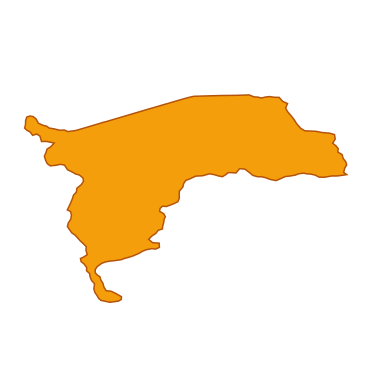 outline of Santa Cruz da Vitória, Bahia, Brazil, rotated 82°
{"feature_id": "56859067B68810500178661", "entity_name": "Santa Cruz da Vitória", "entity_type": "district", "adm_level": 2, "iso_a3": "BRA", "parent_name": "Brazil", "parent_adm1": "Bahia", "projection": "natural_earth1", "projection_center": [-39.793, -14.879], "detail": "fine", "context": "isolated", "style": "filled", "palette": "amber", "viewbox_px": 384, "rotation_deg": 82, "n_neighbors": 0, "source": "geoboundaries", "source_scale": "gbopen_adm2", "svg_char_len": 2722}
<svg xmlns="http://www.w3.org/2000/svg" viewBox="0 0 384 384"><g transform="rotate(82 192 192)"><path d="M94.8,345.1L98.0,346.8L102.1,347.5L105.4,348.9L108.0,346.8L109.9,344.1L113.7,341.9L113.0,337.6L115.5,334.8L121.1,334.0L121.6,329.3L123.0,325.3L124.3,321.7L127.4,325.4L129.4,329.6L132.2,330.9L136.0,333.2L140.0,332.6L143.8,331.4L146.4,328.6L146.6,323.1L146.3,318.3L147.7,314.5L152.6,312.2L155.5,307.9L157.9,304.9L159.5,301.2L162.8,298.1L166.2,297.9L169.3,300.6L172.2,305.4L176.1,306.6L178.5,309.7L182.0,311.4L185.9,313.7L189.8,316.2L192.4,318.0L194.4,315.0L198.1,314.6L202.0,315.8L205.4,318.8L208.9,320.2L212.1,318.6L215.8,316.7L218.5,313.7L221.6,311.6L224.5,309.7L228.5,306.5L231.5,304.3L234.7,305.1L239.5,304.5L241.4,308.6L242.3,311.7L245.5,311.5L248.0,309.1L252.1,306.8L255.3,307.4L258.6,304.7L262.1,304.7L265.6,303.8L269.3,301.3L274.4,302.7L278.4,302.0L280.9,300.6L284.3,299.3L286.7,297.2L288.2,293.0L289.8,288.6L289.8,284.5L289.8,280.0L288.6,277.0L285.9,276.4L282.0,281.4L279.0,285.9L277.8,290.7L274.0,292.4L269.7,293.0L266.5,294.5L263.1,295.0L261.1,297.3L258.4,299.1L255.3,298.6L252.8,296.4L250.1,291.4L249.2,287.5L249.0,283.0L249.2,278.0L249.2,271.7L248.4,268.0L247.9,263.9L247.0,258.9L245.4,253.1L243.7,249.0L242.8,245.2L242.5,239.5L243.5,236.0L242.3,232.0L238.1,231.6L236.7,238.1L232.7,241.5L229.7,237.4L228.1,233.7L225.2,230.8L224.5,226.5L221.6,225.7L218.1,224.2L215.2,223.4L212.7,221.8L209.5,223.1L206.6,226.8L203.8,225.9L201.9,223.1L202.8,219.6L202.1,216.1L201.0,211.4L199.6,207.3L196.3,205.4L192.4,205.0L189.4,204.4L185.7,200.3L182.5,199.1L179.7,196.6L178.6,191.9L176.8,186.2L177.4,179.2L176.4,172.2L177.9,167.6L179.9,163.3L181.1,159.7L179.6,156.3L177.9,153.5L178.4,149.9L179.3,145.8L175.5,141.6L176.8,136.3L180.9,132.3L184.0,129.5L186.0,125.0L186.6,121.0L188.0,117.3L190.5,112.7L192.4,107.2L191.2,102.6L189.7,97.6L189.8,93.1L189.7,87.6L188.8,83.9L188.9,78.8L190.1,75.4L190.7,72.2L192.4,67.7L195.0,64.0L195.8,59.0L195.7,55.2L195.6,51.2L196.3,46.3L196.4,39.9L196.3,36.4L193.7,39.1L189.4,37.3L186.9,35.1L183.4,35.5L179.9,37.6L175.8,38.2L172.7,42.0L169.4,41.2L166.5,42.9L163.3,45.9L159.5,42.8L155.0,42.9L152.9,47.5L151.2,54.9L149.2,60.6L148.0,66.8L147.1,71.8L144.2,75.4L139.1,78.8L135.0,80.6L131.7,82.4L128.2,84.6L125.7,86.2L121.9,87.6L117.7,85.1L114.9,89.6L110.4,92.6L109.7,97.1L108.3,101.9L108.2,106.5L108.6,110.1L107.2,113.6L106.4,117.5L103.8,121.9L102.5,134.2L100.4,150.6L97.5,176.7L97.8,181.2L98.7,188.2L103.5,221.3L104.8,230.0L109.6,262.3L110.3,266.8L110.7,270.7L111.3,274.2L113.2,286.8L114.9,298.2L114.9,306.5L112.8,309.9L112.4,314.5L110.3,319.7L108.8,324.5L106.6,326.8L105.3,330.1L102.5,334.6L98.0,336.2L95.2,338.8L94.2,341.9L94.8,345.1Z" fill="#f59e0b" stroke="#b45309" stroke-width="1.5"/></g></svg>